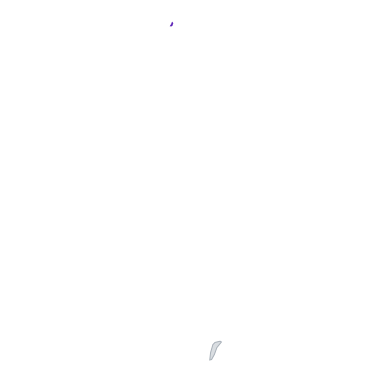 Nukualofa, Tuvalu (highlighted), rotated 207°
{"feature_id": "33948139B78407922275584", "entity_name": "Nukualofa", "entity_type": "district", "adm_level": 2, "iso_a3": "TUV", "parent_name": "Tuvalu", "parent_adm1": "", "projection": "albers", "projection_center": [179.808, -9.373], "detail": "fine", "context": "in_parent", "style": "filled", "palette": "violet", "viewbox_px": 384, "rotation_deg": 207, "n_neighbors": 0, "source": "geoboundaries", "source_scale": "gbopen_adm2", "svg_char_len": 649}
<svg xmlns="http://www.w3.org/2000/svg" viewBox="0 0 384 384"><g transform="rotate(207 192 192)"><path d="M103.2,68.4L99.2,71.8L97.7,71.7L99.2,64.7L98.3,57.4L98.5,51.6L99.9,50.4L102.5,57.2L104.1,65.5L103.2,68.4Z" fill="#d9dde1" stroke="#a8b0b8" stroke-width="1"/><path d="M286.3,330.7L286.1,330.8L286.0,331.0L285.9,331.0L285.8,331.3L285.7,331.4L285.7,331.6L285.7,331.8L285.8,332.1L285.8,332.3L285.9,332.5L286.0,332.6L286.0,332.8L286.2,333.0L286.2,333.3L286.1,333.5L286.3,333.6L286.3,333.4L286.3,333.2L286.2,332.9L286.0,332.6L285.9,332.2L286.0,331.9L286.3,331.0L286.3,330.8L286.3,330.7Z" fill="#8b5cf6" stroke="#5b21b6" stroke-width="1.5"/></g></svg>